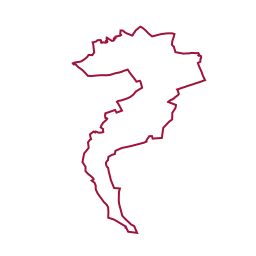 the district of Kaugama, Jigawa, Nigeria, rotated 191°
{"feature_id": "59680162B31064170938287", "entity_name": "Kaugama", "entity_type": "district", "adm_level": 2, "iso_a3": "NGA", "parent_name": "Nigeria", "parent_adm1": "Jigawa", "projection": "mercator", "projection_center": [9.774, 12.554], "detail": "fine", "context": "isolated", "style": "outline", "palette": "rose", "viewbox_px": 256, "rotation_deg": 191, "n_neighbors": 0, "source": "geoboundaries", "source_scale": "gbopen_adm2", "svg_char_len": 5224}
<svg xmlns="http://www.w3.org/2000/svg" viewBox="0 0 256 256"><g transform="rotate(191 128 128)"><path d="M99.1,26.8L103.2,32.9L106.4,33.8L113.9,38.6L116.9,40.8L122.4,52.2L123.3,55.3L124.6,63.1L124.5,66.3L124.4,67.1L130.2,66.4L132.2,69.5L134.8,73.5L138.8,82.1L140.0,85.3L140.8,85.5L141.8,86.6L142.7,88.2L143.0,89.8L142.4,91.4L141.5,92.7L141.7,96.0L138.6,98.6L136.0,99.9L136.0,103.2L130.4,107.1L121.3,111.0L114.6,114.2L109.6,116.6L107.2,118.2L107.6,119.3L105.6,124.0L102.9,124.6L101.8,122.3L92.9,124.7L93.4,134.9L88.6,142.4L87.0,144.0L86.3,144.9L87.0,149.1L87.4,151.4L85.5,155.9L85.2,157.5L85.3,159.8L93.6,161.2L93.4,161.6L93.1,162.0L92.7,162.3L92.4,162.5L92.2,162.8L91.7,163.3L91.4,163.7L91.0,163.8L90.6,164.1L90.1,164.4L89.7,164.6L89.5,165.2L89.0,165.3L88.7,165.5L88.4,166.2L88.0,166.7L87.5,167.2L87.3,167.7L86.7,168.1L86.2,168.7L85.7,169.3L85.2,169.8L84.9,170.4L84.7,171.0L84.6,171.3L84.8,171.6L85.1,172.0L85.3,172.3L85.6,173.1L85.9,173.6L86.3,174.0L86.3,174.4L87.1,175.2L86.9,175.3L85.4,176.1L84.7,176.5L83.9,177.0L83.1,177.5L82.2,177.9L81.3,178.5L80.5,178.8L77.8,180.5L76.3,181.3L74.1,182.5L71.6,183.9L69.8,184.9L68.4,185.7L65.9,187.0L64.7,187.8L63.7,188.4L61.5,189.7L64.7,194.0L66.6,197.3L68.1,199.4L70.1,202.2L71.8,205.2L71.1,205.8L69.9,206.6L69.6,206.9L69.8,207.9L70.1,209.3L69.9,209.5L69.8,209.8L69.7,210.0L69.6,210.5L69.7,211.0L69.8,211.4L69.8,211.5L69.9,212.0L70.0,212.4L70.2,212.5L70.7,212.7L71.0,212.7L71.6,212.6L71.9,212.5L72.1,212.4L72.3,212.4L72.6,212.5L72.8,212.6L72.1,213.6L73.3,215.0L76.0,214.3L76.9,214.3L78.1,214.1L79.8,213.9L82.3,212.9L84.8,212.4L87.7,211.6L95.9,211.5L98.5,216.5L100.8,218.1L101.1,221.8L100.4,226.8L100.4,228.0L100.3,229.1L102.6,229.4L107.9,228.3L112.8,226.7L116.5,225.1L118.8,223.9L121.8,222.5L125.9,224.7L129.4,227.2L133.2,229.3L134.2,229.5L135.2,229.8L136.7,228.2L137.2,227.5L137.8,226.8L138.4,226.0L138.9,225.5L139.2,224.9L139.5,224.3L139.8,223.7L139.8,223.0L140.2,222.5L140.5,222.0L140.8,221.5L140.8,221.2L140.8,220.7L141.1,220.0L141.5,219.5L141.8,219.5L142.4,219.7L143.1,219.8L144.6,220.2L145.8,220.4L146.9,220.6L147.8,220.8L148.8,221.1L149.6,221.5L150.3,221.8L150.7,222.2L151.3,222.4L151.6,222.5L152.1,222.7L152.7,222.5L153.4,222.3L153.9,222.3L153.8,221.2L153.7,220.1L153.6,219.3L153.5,218.8L152.5,218.0L152.8,217.7L153.0,217.4L153.4,217.1L153.7,217.0L154.2,216.8L154.7,216.5L155.3,216.2L156.0,215.9L156.5,215.8L156.9,215.8L157.1,215.7L157.3,215.4L157.5,215.3L157.8,215.2L157.9,214.9L157.9,214.7L157.9,214.3L157.8,214.1L157.6,214.1L157.4,214.0L157.4,213.8L157.6,213.7L157.8,213.7L157.9,213.8L158.0,213.7L158.3,213.3L158.4,213.2L158.7,213.2L158.9,213.2L158.9,212.9L158.9,212.7L158.7,212.2L158.3,211.9L158.5,211.6L158.7,211.4L158.9,211.1L159.2,210.8L159.4,210.8L159.6,210.8L159.9,210.7L160.2,210.5L160.4,210.4L162.8,211.4L163.4,211.5L163.8,211.7L164.2,211.9L164.7,212.2L165.3,212.4L165.7,212.5L166.1,212.6L166.1,212.2L165.8,212.2L165.7,211.9L165.6,211.7L165.6,211.4L165.6,211.1L165.7,210.9L165.6,210.6L165.6,210.3L165.7,210.0L165.8,209.9L166.0,209.7L166.3,209.3L166.3,209.0L166.2,208.8L166.0,208.7L165.7,208.8L165.6,209.0L165.6,209.4L165.5,209.6L165.3,209.5L165.1,209.4L164.9,209.2L164.7,208.8L164.9,208.6L164.9,208.4L165.0,208.1L165.3,207.9L165.6,207.8L165.9,207.7L166.2,207.5L166.5,207.5L167.0,207.5L167.4,207.4L167.9,207.5L168.3,207.5L168.6,207.4L168.7,207.2L169.1,207.1L169.4,206.9L169.8,206.8L170.1,206.7L170.4,206.6L170.7,206.7L170.8,206.8L170.8,207.1L170.8,207.3L170.8,207.6L170.9,207.8L170.9,208.1L171.0,208.4L171.2,208.7L171.4,208.9L171.6,209.1L171.9,209.1L172.7,208.7L173.4,208.6L173.8,208.7L174.4,208.4L174.8,208.3L175.2,207.6L175.6,207.0L176.4,206.6L178.0,205.7L179.0,205.3L178.4,204.4L176.6,198.7L175.6,195.8L176.9,192.7L180.6,192.2L181.7,189.8L183.9,187.1L185.4,185.7L186.1,184.9L187.6,184.0L192.8,182.1L194.5,181.0L193.8,180.3L193.3,180.1L192.0,180.4L191.2,180.3L190.7,179.9L188.5,178.3L183.8,176.2L179.9,173.5L177.3,171.5L172.8,172.3L170.7,173.0L166.8,174.1L164.5,174.7L163.0,175.0L158.9,175.7L155.8,176.7L150.3,179.6L148.1,180.4L144.8,182.0L143.5,183.1L141.5,184.1L139.5,185.3L136.9,182.7L136.0,181.9L134.7,180.7L133.2,179.4L131.8,178.2L130.6,177.1L129.6,176.2L128.6,175.1L125.4,176.6L124.4,175.5L121.8,170.2L124.4,168.0L127.2,165.4L129.1,161.8L131.6,159.0L134.5,156.8L140.1,153.7L141.3,153.2L142.4,152.9L143.3,152.3L143.9,151.5L142.6,150.5L139.0,146.1L137.2,143.9L142.2,140.9L144.1,143.2L146.4,141.9L149.5,140.1L153.0,138.1L152.9,137.3L152.8,137.0L152.9,136.9L153.0,136.7L152.8,135.4L152.7,135.0L152.3,134.3L152.0,133.5L151.3,133.7L150.9,133.5L150.3,133.3L150.2,133.2L150.9,131.6L153.4,128.5L154.6,125.4L154.9,123.4L152.2,122.2L152.0,120.6L151.5,119.4L153.5,118.3L156.3,117.8L158.9,118.4L159.4,117.4L161.0,118.0L164.0,114.7L164.1,114.4L164.0,114.2L163.0,111.6L162.4,110.7L162.1,110.0L163.2,109.1L164.5,106.3L162.8,101.0L164.9,97.1L166.2,94.6L166.2,92.7L166.2,85.9L162.3,81.8L161.5,77.6L159.8,76.3L157.5,74.8L154.9,73.5L152.2,71.7L152.0,70.9L153.6,69.4L150.4,67.9L148.7,65.3L148.0,61.7L145.4,58.1L141.9,54.8L137.5,50.7L134.2,48.5L132.4,46.4L131.3,42.2L130.3,36.2L124.1,35.4L112.4,31.2L111.5,30.9L111.6,30.7L111.6,30.3L111.5,30.0L111.4,29.6L111.0,29.6L110.8,29.5L110.7,29.5L110.4,29.4L108.0,26.2L99.1,26.8Z" fill="none" stroke="#9f1239" stroke-width="2"/></g></svg>